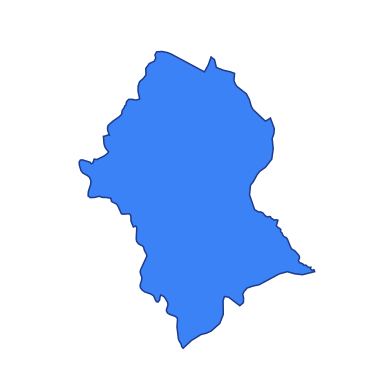 the border of Lesser Poland, rotated 70°
{"feature_id": "POL-3170", "entity_name": "Lesser Poland", "entity_type": "Voivodeship", "adm_level": 1, "iso_a3": "POL", "parent_name": "Poland", "parent_adm1": "", "projection": "robinson", "projection_center": [20.414, 49.829], "detail": "fine", "context": "isolated", "style": "filled", "palette": "blue", "viewbox_px": 384, "rotation_deg": 70, "n_neighbors": 0, "source": "natural_earth", "source_scale": "10m", "svg_char_len": 3153}
<svg xmlns="http://www.w3.org/2000/svg" viewBox="0 0 384 384"><g transform="rotate(70 192 192)"><path d="M118.9,258.4L116.3,258.1L109.4,256.2L109.7,254.4L109.6,252.0L109.8,251.2L110.4,250.2L105.6,250.2L103.1,249.6L101.0,248.3L100.4,247.2L98.5,242.4L96.4,234.7L94.9,231.6L92.1,230.1L91.2,229.3L89.2,226.4L88.2,226.0L87.6,224.3L84.8,222.7L83.3,219.9L84.3,216.8L86.4,213.4L86.8,209.4L78.7,208.2L74.2,206.5L70.4,203.5L68.6,198.8L66.2,195.2L60.1,193.2L56.6,188.0L56.3,182.9L53.8,180.2L50.6,180.0L48.2,177.4L49.6,172.3L52.3,167.8L54.9,164.7L83.4,139.2L77.9,133.0L71.6,127.9L75.4,125.6L83.3,126.5L88.5,120.6L91.9,115.2L95.1,111.4L101.7,114.5L104.8,114.4L107.8,113.9L118.4,107.3L124.9,106.5L131.6,107.0L135.3,106.5L150.4,98.9L150.1,96.3L149.3,93.0L160.6,93.0L165.2,95.1L169.2,98.4L179.2,100.9L188.4,105.8L193.8,114.4L195.8,121.3L197.9,124.8L203.3,130.9L205.6,134.7L214.3,138.9L230.0,139.2L233.6,136.2L234.0,134.6L235.5,132.8L239.4,131.3L241.0,130.0L241.4,129.2L241.5,127.6L241.9,126.9L242.4,126.6L243.5,126.6L243.9,126.4L246.4,124.3L247.1,121.8L247.9,120.9L252.5,124.3L254.4,123.6L256.0,122.2L257.6,121.4L259.5,122.4L261.1,121.5L264.4,121.3L265.5,120.8L266.6,119.5L267.6,118.8L268.9,118.5L277.7,118.2L279.5,117.8L280.8,116.9L281.9,115.9L283.1,115.2L288.0,113.3L289.1,113.1L290.9,113.6L292.0,114.7L293.1,115.5L295.2,115.2L295.2,114.9L297.3,112.6L298.2,112.1L298.8,112.1L299.2,111.8L299.4,110.5L300.0,109.7L301.4,109.2L302.8,108.1L303.4,106.0L304.5,106.8L305.3,106.8L306.7,106.0L306.8,105.6L306.7,104.8L306.6,104.2L307.1,103.9L308.8,104.0L307.5,116.5L303.9,123.6L299.5,129.7L298.8,138.1L302.1,160.6L301.2,167.2L301.1,173.1L302.2,174.9L303.1,176.9L305.7,179.4L309.1,179.7L313.6,181.6L315.2,186.0L303.4,193.5L301.3,197.3L304.9,200.0L317.8,204.5L325.0,210.9L329.2,221.5L329.6,226.9L329.0,232.2L331.3,243.3L335.6,253.4L335.8,253.8L333.6,254.6L331.8,254.2L327.4,255.0L325.4,255.0L313.7,252.3L307.0,249.3L305.3,249.0L303.2,250.2L299.4,254.8L297.4,256.4L294.8,256.7L293.0,255.7L291.2,254.1L289.1,252.9L287.2,252.7L282.3,253.6L280.5,254.3L278.1,256.5L279.6,257.9L282.3,259.3L283.8,261.6L282.8,263.0L280.6,263.4L278.1,263.4L276.2,263.7L273.7,265.7L269.8,270.5L267.2,272.3L264.4,273.2L262.2,272.8L260.3,271.6L258.3,270.0L256.0,268.6L254.2,268.3L252.1,268.4L249.4,268.1L247.5,266.9L236.9,256.4L235.0,256.1L230.4,256.7L227.9,256.4L226.8,256.5L225.5,257.1L223.6,259.0L222.2,260.1L219.4,260.9L216.8,260.4L206.6,256.1L204.8,256.5L204.8,259.1L198.6,259.3L193.7,257.7L192.3,257.8L191.0,258.5L190.6,259.5L190.3,260.9L189.7,263.0L188.9,265.1L188.3,265.8L179.0,266.5L177.2,267.3L174.5,269.9L173.4,270.8L170.7,270.6L170.4,270.3L169.7,271.1L167.4,275.4L166.8,277.2L165.9,278.9L164.4,280.3L163.7,285.7L162.5,289.5L160.1,291.0L156.2,289.3L150.0,284.5L146.6,283.1L142.8,283.4L140.6,284.8L138.3,286.8L136.6,288.2L133.9,289.0L128.4,288.7L125.3,287.8L123.8,286.0L124.3,284.0L128.9,277.9L129.4,277.5L130.2,277.3L130.9,277.0L131.1,276.1L130.9,275.5L130.9,275.4L130.0,274.6L129.9,274.6L129.7,274.2L128.1,273.2L127.7,272.7L127.8,272.1L128.7,270.9L128.9,270.3L128.2,262.9L127.6,260.4L126.5,257.5L125.4,256.8L121.4,258.2L118.9,258.4Z" fill="#3b82f6" stroke="#1e3a8a" stroke-width="1.5"/></g></svg>